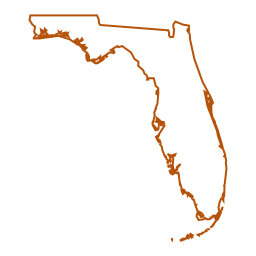 map outline of Florida (Equal Earth projection)
{"feature_id": "USA-3542", "entity_name": "Florida", "entity_type": "State", "adm_level": 1, "iso_a3": "USA", "parent_name": "United States of America", "parent_adm1": "", "projection": "equal_earth", "projection_center": [-82.742, 27.771], "detail": "fine", "context": "isolated", "style": "outline", "palette": "amber", "viewbox_px": 256, "rotation_deg": 0, "n_neighbors": 0, "source": "natural_earth", "source_scale": "10m", "svg_char_len": 5870}
<svg xmlns="http://www.w3.org/2000/svg" viewBox="0 0 256 256"><path d="M37.5,38.4L32.9,38.5L34.5,38.0L34.4,36.9L36.5,34.6L34.6,33.2L34.2,31.6L35.1,26.7L32.4,24.6L29.5,20.0L30.4,15.4L97.0,15.4L98.6,19.1L99.2,23.6L100.3,25.0L168.3,30.3L169.2,33.2L169.0,35.3L170.2,37.2L173.2,36.8L174.2,29.9L173.3,27.4L173.4,24.4L175.4,21.6L183.2,24.7L188.9,25.6L189.0,31.7L187.7,28.4L187.4,30.8L189.7,34.0L190.1,39.5L194.3,58.8L202.6,82.0L210.4,96.5L213.0,102.7L211.3,105.1L211.4,111.9L212.4,117.0L215.1,122.3L215.2,123.8L211.7,116.1L210.7,111.9L210.7,105.9L211.4,101.5L211.1,98.2L209.6,97.5L209.1,98.4L206.8,97.8L206.3,96.1L207.1,93.3L204.6,91.6L207.5,106.1L217.0,130.8L218.0,136.1L221.9,147.2L222.0,147.7L221.4,146.7L218.9,145.6L223.2,149.2L225.2,155.0L224.2,156.3L225.4,157.0L226.2,160.7L225.8,162.4L226.5,168.5L224.7,184.2L224.1,185.7L224.5,186.8L224.1,197.1L223.8,192.7L222.9,194.2L222.4,197.8L220.9,199.0L219.5,202.6L218.5,207.7L219.4,211.3L216.5,215.5L217.1,217.9L215.8,215.9L214.5,216.7L215.6,217.1L216.0,218.3L215.3,217.1L213.8,216.7L214.2,215.7L212.8,215.8L211.7,217.8L210.5,217.6L210.4,218.8L208.9,219.3L206.5,219.2L205.1,217.9L203.7,219.3L198.6,220.0L196.6,216.4L196.9,213.9L197.9,212.3L199.2,214.8L201.7,216.2L201.2,216.9L202.8,216.9L203.5,215.8L201.8,213.2L197.5,210.9L195.6,205.8L196.3,204.7L195.1,204.5L193.9,199.6L192.7,199.5L191.8,197.9L192.7,196.8L192.0,195.6L188.4,192.7L185.7,192.5L184.8,191.0L184.1,192.0L183.0,191.5L182.6,192.5L181.9,192.0L181.6,190.7L182.9,191.3L183.7,189.8L181.9,189.2L180.4,184.3L180.1,185.7L178.6,173.4L177.9,171.7L177.8,173.5L174.6,172.1L174.8,170.8L175.5,171.2L177.1,169.5L177.5,167.7L180.6,164.0L177.3,166.6L176.1,170.1L173.8,170.6L172.7,165.3L173.3,158.8L172.3,157.2L174.9,155.5L175.4,154.2L171.8,155.4L170.7,156.6L170.1,155.0L169.0,155.3L167.6,153.5L169.5,156.0L170.9,161.0L170.5,161.6L170.1,160.2L169.6,161.0L166.6,159.3L165.8,156.3L165.1,155.4L165.6,157.3L165.1,156.8L162.5,150.5L161.8,146.7L160.1,144.4L160.6,143.3L159.7,140.2L156.5,138.1L155.7,136.0L157.6,137.9L157.9,136.7L157.0,136.5L157.5,135.9L159.3,136.5L158.1,135.7L159.6,134.9L158.5,135.0L164.5,125.7L163.7,122.0L162.4,121.9L162.1,125.3L161.0,125.2L160.6,121.1L158.6,120.5L159.2,119.7L156.7,117.8L156.7,120.1L157.9,120.2L155.9,121.6L160.0,123.1L159.0,123.9L158.4,129.0L157.6,129.8L153.4,125.0L155.4,128.6L155.9,131.0L152.7,125.1L152.5,122.3L153.3,120.9L152.9,123.1L154.7,115.4L154.2,112.4L156.0,108.7L155.6,108.5L157.4,103.5L158.2,94.9L158.0,92.8L156.8,91.1L157.2,90.6L158.3,91.8L158.2,88.2L155.7,85.8L153.8,78.3L147.6,78.1L146.4,74.9L144.6,73.8L143.1,70.1L138.2,65.9L138.4,61.7L134.6,59.1L131.1,52.5L122.2,46.1L118.2,47.2L117.4,46.1L112.9,48.7L112.9,50.1L113.2,49.6L113.8,50.8L111.1,49.6L110.7,50.1L113.9,51.6L113.8,53.1L113.0,53.6L113.4,52.9L109.6,52.4L100.1,59.0L100.2,56.5L96.8,59.6L93.7,59.4L87.9,60.9L86.7,59.6L86.2,54.9L86.6,54.1L87.1,59.1L88.6,60.3L89.1,56.7L87.7,53.6L82.7,49.6L82.4,48.7L84.5,50.3L79.4,45.1L81.2,45.4L81.2,46.0L85.5,49.1L86.7,47.8L85.8,47.3L85.0,48.6L84.4,46.1L83.7,46.0L84.2,44.9L82.4,45.1L82.2,45.8L78.4,43.0L80.0,41.1L81.0,41.3L82.7,39.9L81.9,38.5L81.0,40.0L78.7,41.2L77.5,38.8L74.9,40.6L75.5,41.6L77.5,41.8L77.8,43.6L78.7,44.4L78.0,44.6L78.4,45.1L69.5,39.2L58.0,35.7L62.3,36.1L63.2,34.7L65.0,36.1L65.4,35.6L64.8,34.7L68.4,36.4L67.3,34.0L67.7,33.1L66.6,33.6L65.9,32.4L60.7,33.9L59.9,33.4L60.6,31.9L59.4,32.5L58.7,31.7L58.8,33.2L56.0,34.4L55.7,35.3L51.0,35.2L40.4,37.3L41.8,36.2L45.3,35.6L47.0,34.0L48.2,34.6L45.1,32.1L46.5,30.5L44.8,28.8L43.4,34.3L42.3,30.5L40.9,29.6L41.5,33.0L40.8,34.7L38.6,35.9L38.5,37.5L37.4,37.8L37.5,38.4ZM207.7,100.2L210.3,98.3L210.8,99.3L209.6,103.9L209.3,109.1L209.9,111.3L207.5,102.2L207.7,100.2ZM221.0,212.3L218.2,218.8L215.5,221.5L212.5,226.2L212.0,226.2L216.2,220.3L215.6,218.9L216.8,219.2L218.3,216.4L217.9,214.3L220.4,212.0L221.0,212.3ZM53.3,35.7L57.8,35.9L39.1,38.5L37.7,38.3L53.3,35.7ZM219.4,139.5L215.3,124.1L217.5,129.5L222.9,148.0L219.4,139.5ZM172.7,171.9L171.3,167.7L170.1,164.5L171.8,166.2L172.7,171.9ZM171.4,173.0L174.1,173.4L172.5,174.4L170.5,173.2L169.4,169.8L171.4,173.0ZM94.0,62.4L92.4,61.2L91.3,60.5L94.6,60.6L94.0,62.4ZM188.0,237.2L187.4,238.1L184.6,239.2L186.7,237.5L186.0,236.8L187.5,237.7L186.6,235.3L188.0,237.2ZM97.2,62.9L104.8,57.9L102.3,60.3L97.6,63.2L95.6,63.4L94.3,62.6L97.2,62.9ZM190.0,233.1L192.0,235.6L192.4,237.0L191.8,237.5L190.0,233.1ZM191.2,195.5L190.7,196.5L189.6,196.1L189.6,194.7L191.2,195.5ZM157.8,140.7L156.9,138.9L159.3,142.7L157.8,140.7ZM182.8,238.7L184.0,238.7L184.2,239.5L182.2,240.2L182.8,238.7ZM189.3,195.3L188.0,194.3L187.7,194.9L187.6,194.1L188.7,193.7L189.3,195.3ZM182.5,192.7L183.8,193.2L182.9,193.9L182.5,192.7ZM199.1,235.6L197.8,234.8L200.3,233.8L199.4,234.7L199.1,235.6ZM105.8,57.1L107.9,56.0L105.6,57.4L105.8,57.1ZM167.3,161.0L168.0,162.5L167.8,164.0L167.3,161.0ZM188.6,235.7L188.7,236.8L187.6,236.0L187.8,235.1L188.6,235.7ZM206.6,230.0L206.6,231.2L205.2,231.4L205.5,231.0L206.6,230.0ZM223.4,200.5L222.7,199.3L223.4,198.5L223.4,200.5ZM222.7,206.8L221.9,209.8L221.4,210.1L222.7,206.8ZM203.4,232.6L202.5,233.3L200.5,234.3L202.6,232.6L203.4,232.6ZM199.2,213.8L200.2,214.0L199.5,214.7L199.2,213.8ZM181.7,239.5L182.1,240.2L181.5,239.7L181.1,240.4L179.9,240.6L181.7,239.5ZM168.3,166.2L168.4,164.8L168.9,167.7L168.3,166.2ZM186.5,192.6L187.1,193.4L186.8,194.3L186.5,192.6ZM198.9,212.5L198.9,213.4L198.1,212.6L198.2,212.4L198.9,212.5ZM156.5,92.5L156.6,91.7L157.0,91.8L157.1,92.4L156.5,92.5ZM156.9,93.4L157.1,94.3L156.5,93.9L156.9,93.4ZM189.6,235.8L189.8,236.5L189.7,236.8L189.2,236.3L189.6,235.8ZM147.3,78.9L147.9,79.5L147.1,79.6L147.3,78.9ZM209.3,228.7L209.0,229.2L208.3,229.7L208.5,229.3L209.3,228.7ZM192.4,235.1L192.9,235.3L193.0,236.0L192.4,235.1ZM172.0,239.8L171.4,238.9L171.1,238.9L171.8,238.8L172.1,239.1L172.0,239.8ZM211.2,226.7L211.4,226.5L210.4,227.9L211.2,226.7ZM210.4,112.8L210.1,112.0L209.9,111.4L210.4,112.8Z" fill="none" stroke="#b45309" stroke-width="2"/></svg>